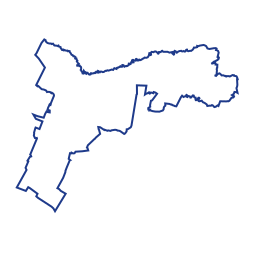 Jantetelco, Morelos, Mexico, rotated 274°
{"feature_id": "50627088B92238721973394", "entity_name": "Jantetelco", "entity_type": "district", "adm_level": 2, "iso_a3": "MEX", "parent_name": "Mexico", "parent_adm1": "Morelos", "projection": "albers", "projection_center": [-98.756, 18.67], "detail": "fine", "context": "isolated", "style": "outline", "palette": "blue", "viewbox_px": 256, "rotation_deg": 274, "n_neighbors": 0, "source": "geoboundaries", "source_scale": "gbopen_adm2", "svg_char_len": 5923}
<svg xmlns="http://www.w3.org/2000/svg" viewBox="0 0 256 256"><g transform="rotate(274 128 128)"><path d="M205.3,212.4L209.5,213.2L211.1,212.5L211.8,211.2L211.9,210.4L213.4,210.8L213.8,210.0L213.6,208.2L212.5,203.7L212.9,201.7L215.1,200.3L215.8,198.8L216.1,197.6L215.2,193.9L214.5,192.3L214.7,191.3L213.5,191.3L213.0,189.9L212.8,188.1L212.1,188.0L210.4,186.9L209.3,185.5L209.4,184.7L208.8,182.7L209.3,181.7L209.8,181.4L210.3,181.4L210.3,181.1L210.0,180.6L209.0,180.3L208.3,179.7L208.2,179.0L208.7,178.3L208.2,177.1L208.3,176.2L208.7,175.8L208.6,175.2L208.3,173.9L207.7,172.7L206.5,171.4L206.8,170.8L207.7,170.4L208.2,169.2L207.1,168.5L205.2,168.9L204.6,168.8L204.4,168.5L205.4,167.2L206.1,167.7L206.8,167.6L207.0,167.4L206.1,164.1L206.8,162.1L206.5,158.1L206.6,157.6L207.4,156.8L207.3,156.4L206.0,155.3L206.0,153.5L205.8,153.2L204.6,153.4L204.3,153.1L204.4,152.7L205.3,152.7L205.5,151.4L206.1,150.8L206.3,150.3L206.1,149.0L205.4,148.2L205.6,146.3L204.7,145.5L202.7,145.9L202.3,145.3L202.4,144.9L204.1,144.7L204.2,144.1L201.4,143.6L199.9,142.7L199.3,141.3L199.4,139.6L198.4,138.6L198.1,137.7L197.1,136.7L196.5,135.3L197.0,134.7L197.0,134.3L196.1,133.7L196.0,133.0L197.3,132.0L197.5,131.4L197.3,131.1L195.8,131.2L195.7,131.0L195.7,129.9L196.3,128.6L196.3,128.0L195.8,127.3L195.4,127.3L194.6,128.7L193.9,128.9L193.7,128.1L194.7,127.2L193.9,126.6L192.1,126.2L191.6,125.3L192.3,124.9L192.3,124.3L190.8,124.1L189.9,123.2L189.6,122.4L189.8,122.2L189.6,121.3L188.9,120.1L190.3,119.2L190.5,118.3L190.3,117.9L189.6,118.2L188.7,117.8L188.6,116.9L189.1,116.0L188.2,115.4L187.9,114.2L187.3,113.7L187.4,113.1L187.1,112.6L186.1,112.4L186.7,110.2L184.9,109.1L185.2,107.8L183.9,104.6L184.1,103.3L183.5,102.5L183.5,101.5L182.2,99.9L182.0,98.7L182.4,97.9L182.4,96.9L182.3,96.5L181.6,96.1L181.6,95.7L182.0,95.0L182.7,94.6L182.8,94.2L181.2,94.3L181.2,93.8L182.0,93.1L182.0,92.4L181.3,91.7L180.8,91.9L180.5,91.5L180.4,90.9L180.6,90.5L179.9,89.1L180.1,87.2L179.7,86.9L179.3,87.2L179.0,87.1L178.6,86.3L178.6,85.8L178.9,85.0L180.3,83.8L180.2,83.1L180.0,82.8L179.2,82.5L179.4,82.1L180.7,81.8L181.2,80.5L182.0,79.9L181.2,79.7L179.5,80.3L179.2,80.0L179.3,78.9L180.3,78.7L181.3,77.7L182.5,77.2L182.7,76.8L183.7,77.1L184.7,77.1L185.8,76.7L186.3,76.0L186.3,75.4L186.8,75.3L186.7,74.6L187.0,74.1L186.6,73.3L186.6,73.0L187.1,72.9L187.6,74.0L188.6,74.5L189.4,73.4L191.0,72.3L191.6,72.8L192.8,71.9L193.6,71.7L193.5,71.3L193.6,70.5L193.8,70.4L194.4,70.8L195.1,70.6L195.2,70.2L195.8,69.6L195.7,68.5L196.8,67.8L197.1,66.6L198.9,65.4L199.6,64.6L200.6,64.4L200.7,63.3L200.4,62.7L201.0,62.2L200.8,61.0L201.5,58.8L201.0,58.9L200.9,58.5L201.2,58.0L201.2,56.8L201.6,56.5L202.1,56.4L202.7,55.4L204.0,55.1L204.5,53.3L205.3,52.9L204.8,52.3L205.1,51.6L205.2,48.8L206.9,47.3L206.4,46.0L206.9,45.3L206.8,43.6L207.2,41.7L208.6,39.9L209.8,39.7L210.5,38.3L206.8,35.8L196.2,31.5L194.5,30.4L191.1,34.1L182.5,40.9L164.4,33.4L163.5,34.5L164.0,34.7L163.6,35.6L160.7,39.2L160.5,41.3L159.8,43.4L159.5,43.8L158.2,44.7L158.5,45.6L158.5,47.6L157.4,49.1L157.9,49.5L157.1,50.9L156.3,51.6L155.0,51.9L147.5,49.4L146.5,48.5L146.2,49.2L145.4,49.0L145.4,48.0L142.7,46.9L140.6,46.4L140.0,48.7L138.1,48.8L138.3,46.9L138.7,45.5L136.4,44.4L132.4,43.2L133.5,36.9L134.8,32.7L131.2,35.1L130.7,35.5L128.6,42.2L120.8,39.8L122.0,35.8L121.1,35.5L116.8,34.6L115.8,34.8L113.9,34.6L111.5,35.9L111.4,36.8L111.7,37.7L111.2,37.9L94.6,32.3L94.0,32.9L92.9,33.4L92.3,32.1L88.5,30.1L88.3,30.0L87.8,30.9L81.1,28.6L79.1,29.7L60.9,21.2L58.1,30.5L62.0,32.6L61.3,34.1L56.1,42.3L53.4,41.3L51.9,43.3L44.2,57.2L42.6,59.2L39.9,61.0L58.1,70.4L60.6,65.3L62.3,63.5L63.0,61.8L73.8,66.8L79.6,68.6L80.9,68.6L84.5,69.7L91.9,72.2L92.0,72.5L93.1,71.0L98.8,71.9L98.7,73.0L99.5,73.3L98.8,74.9L99.1,76.4L100.7,77.3L101.6,84.0L102.8,89.9L105.2,89.0L105.6,88.4L108.0,89.2L114.6,95.2L114.9,95.7L116.1,96.5L120.2,100.6L124.2,99.2L124.5,98.9L126.9,98.3L126.8,100.2L124.4,104.4L124.7,104.6L123.8,107.7L124.2,108.3L123.9,110.9L124.5,111.6L125.3,115.1L125.3,115.8L125.2,116.9L124.7,117.6L124.7,119.1L124.3,120.5L121.8,124.6L122.4,125.5L124.5,126.8L126.6,126.8L126.8,127.9L128.9,130.7L130.6,131.3L162.0,134.2L162.5,134.6L171.2,133.9L171.5,143.4L162.6,142.6L163.4,143.6L164.1,145.2L165.1,146.5L164.7,147.0L164.1,146.7L163.8,147.3L164.0,147.6L164.8,147.7L165.0,148.4L164.5,150.7L165.1,150.7L165.7,151.1L165.2,153.0L164.2,154.6L157.2,150.1L156.8,149.0L152.3,148.4L150.8,148.7L149.3,146.8L147.9,147.0L147.9,148.5L147.0,148.2L147.1,149.4L146.6,151.0L146.3,154.0L146.5,158.2L147.9,161.5L149.1,162.2L150.9,162.3L151.9,162.7L152.9,163.7L155.1,163.4L154.9,167.7L154.4,169.2L154.5,169.8L154.3,170.3L153.9,170.6L153.6,172.1L153.1,173.2L153.0,174.7L162.3,178.6L164.0,179.7L162.8,181.2L163.5,182.4L163.7,183.6L164.7,183.7L165.1,184.1L164.7,184.7L163.4,184.5L163.1,184.7L163.0,185.1L164.0,185.7L164.1,186.3L163.7,187.7L162.7,188.1L162.7,188.6L163.2,189.1L165.0,190.3L165.0,191.2L164.5,191.5L163.8,191.5L163.1,192.4L163.0,193.3L161.0,193.4L160.5,193.7L160.6,194.4L163.1,196.2L163.1,196.8L162.6,197.2L160.7,196.1L159.9,196.5L159.6,197.2L160.4,199.6L158.9,201.0L158.4,202.6L157.0,204.9L155.5,205.6L156.0,207.8L156.0,209.2L156.7,210.1L156.5,210.9L154.9,212.7L155.3,214.0L156.8,215.8L156.3,216.7L161.1,218.1L161.4,224.2L161.7,225.5L161.6,226.1L162.2,227.2L165.3,229.1L165.8,230.9L166.4,231.4L167.0,231.6L167.7,230.9L167.7,230.0L168.1,229.4L169.3,231.1L171.4,231.7L171.3,233.5L170.7,234.8L175.4,233.4L176.8,233.9L178.6,234.1L184.2,233.4L184.3,234.0L184.6,233.9L187.0,232.9L187.1,233.2L187.5,230.2L188.0,230.1L188.1,228.6L186.5,226.0L186.8,225.0L186.6,222.8L186.7,222.2L186.3,222.1L187.2,219.4L187.0,217.7L187.8,217.0L188.9,215.5L188.3,214.0L186.1,212.2L186.6,210.7L186.5,212.2L187.4,212.6L192.0,212.7L192.6,212.4L194.1,212.5L194.3,212.8L197.4,212.7L197.4,210.9L199.2,210.9L199.4,211.1L197.9,206.7L200.3,209.3L200.9,210.8L201.5,211.4L202.0,212.5L203.3,213.6L204.4,213.7L204.5,213.0L205.3,213.0L205.3,212.4Z" fill="none" stroke="#1e3a8a" stroke-width="2"/></g></svg>